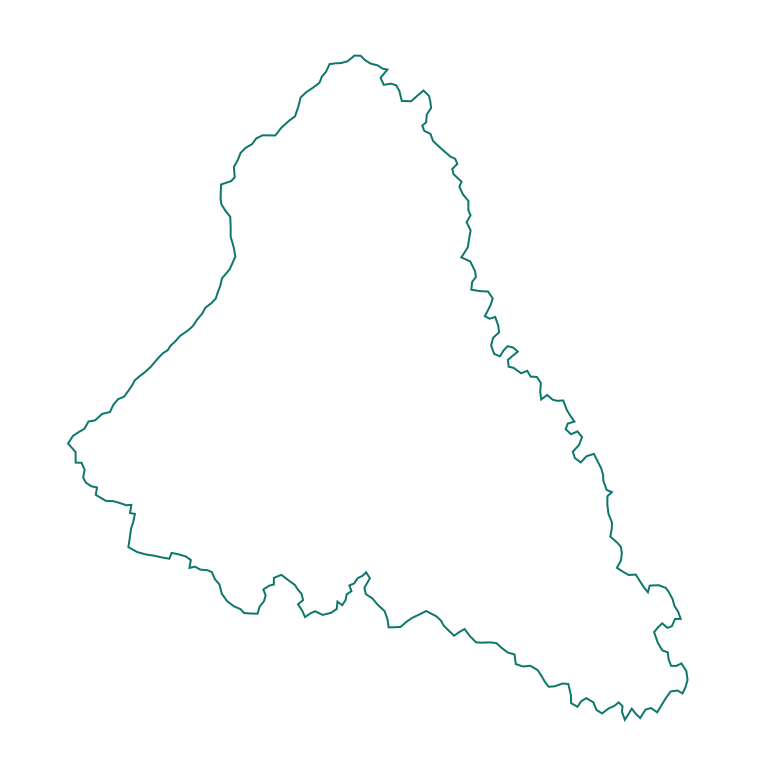 Palestina, São Paulo, Brazil, rotated 182°
{"feature_id": "56859067B15290708695755", "entity_name": "Palestina", "entity_type": "district", "adm_level": 2, "iso_a3": "BRA", "parent_name": "Brazil", "parent_adm1": "São Paulo", "projection": "natural_earth1", "projection_center": [-49.516, -20.338], "detail": "fine", "context": "isolated", "style": "outline", "palette": "teal", "viewbox_px": 768, "rotation_deg": 182, "n_neighbors": 0, "source": "geoboundaries", "source_scale": "gbopen_adm2", "svg_char_len": 4306}
<svg xmlns="http://www.w3.org/2000/svg" viewBox="0 0 768 768"><g transform="rotate(182 384 384)"><path d="M141.6,229.6L145.4,233.6L152.5,239.4L151.3,247.3L151.3,253.5L155.1,262.0L156.6,271.2L156.8,279.6L152.5,283.9L157.8,285.9L161.4,294.9L161.9,300.7L163.9,307.1L167.3,313.3L171.8,321.5L179.2,318.8L184.6,312.5L190.6,316.6L193.0,322.9L187.0,329.8L184.2,337.9L189.0,343.4L195.3,340.3L200.9,345.2L198.9,350.9L192.4,353.1L196.9,359.1L200.4,364.4L204.3,373.8L210.3,373.2L214.9,374.2L220.6,378.7L226.3,374.0L227.6,381.4L227.3,390.6L231.5,396.4L237.7,396.5L241.3,402.2L247.3,399.5L255.1,404.7L260.0,405.6L261.0,412.4L256.1,417.0L251.4,421.0L256.1,424.9L261.8,426.1L265.6,421.8L269.1,415.7L274.9,417.9L278.3,426.2L276.5,434.1L270.8,439.6L271.8,446.1L275.2,454.9L280.7,452.9L285.6,455.3L282.8,461.1L280.1,467.0L278.3,473.3L283.3,480.1L291.0,480.1L300.0,481.3L299.5,489.0L295.9,494.2L296.9,499.9L302.1,509.5L311.1,513.2L305.0,523.6L304.0,531.7L302.8,540.6L307.1,548.6L303.4,555.6L305.8,560.8L306.0,569.8L311.7,576.2L315.6,583.8L313.5,588.8L321.8,596.1L323.3,601.3L318.4,606.5L320.7,611.5L325.4,613.5L331.6,618.4L337.6,623.4L343.5,628.6L346.3,635.6L352.6,638.4L354.8,643.6L351.0,647.0L350.7,654.6L346.6,661.5L347.6,668.1L349.2,673.6L354.8,678.7L360.6,673.4L366.7,667.5L376.1,667.5L378.9,677.5L382.3,683.0L387.5,684.4L394.7,683.0L398.1,689.9L391.6,698.3L396.6,699.2L401.4,702.2L408.7,703.8L414.4,707.1L418.8,711.2L425.0,711.2L431.6,705.3L438.2,703.2L443.5,702.8L449.5,701.8L452.9,694.0L456.8,689.1L459.0,682.8L465.0,677.9L472.0,672.8L477.3,667.5L479.3,658.3L482.3,648.3L487.6,644.2L495.5,636.6L501.3,628.6L514.0,628.3L520.2,625.0L524.3,619.1L531.0,614.8L535.4,609.9L537.8,603.1L541.6,595.7L540.4,585.4L543.9,581.4L553.8,577.7L553.8,563.3L552.7,557.8L548.1,551.0L543.5,545.8L542.7,535.4L542.4,525.9L539.1,515.8L537.0,506.2L542.2,493.3L549.7,483.8L551.0,476.4L553.0,470.9L555.1,463.6L559.1,459.0L565.4,453.8L568.0,448.2L573.0,441.9L576.9,435.4L581.4,431.0L589.5,424.9L594.2,419.2L598.4,415.1L601.4,410.2L606.0,407.1L610.7,401.9L618.0,392.7L624.7,386.3L628.6,383.2L633.3,378.9L635.6,374.0L638.9,368.8L643.3,362.3L649.3,359.5L653.9,353.5L656.9,346.4L664.6,344.3L671.5,337.6L678.0,336.2L681.9,328.7L687.1,325.5L693.0,321.3L697.7,313.5L689.9,305.3L689.4,294.7L683.5,294.7L680.2,287.8L681.4,279.8L678.3,274.9L673.1,271.6L667.2,270.6L668.2,263.2L657.9,257.5L650.6,257.5L643.4,255.7L637.2,253.8L632.3,254.4L633.3,246.1L628.4,245.5L629.7,237.9L631.7,230.7L632.8,220.4L633.8,212.1L625.0,207.5L616.0,205.3L607.7,204.4L599.9,202.9L592.4,201.9L590.4,207.8L583.4,206.6L576.0,204.7L570.9,201.3L572.0,193.4L566.6,194.9L561.1,192.1L554.2,191.8L549.5,190.0L546.1,182.9L541.5,178.0L538.8,168.8L533.1,161.4L526.2,156.6L519.4,153.9L515.8,150.2L509.8,150.0L502.4,150.0L500.5,157.2L496.4,162.7L494.9,168.6L497.4,174.4L491.8,178.4L487.1,179.8L487.3,186.4L479.9,189.7L471.8,183.9L466.2,180.2L462.7,175.3L459.2,171.6L457.3,165.2L462.3,160.9L457.9,154.7L454.8,148.3L449.5,152.2L444.9,154.5L437.2,151.1L428.9,153.5L423.4,157.5L422.9,164.9L418.0,161.5L414.9,166.7L413.9,172.5L409.3,175.9L411.6,181.5L406.9,183.6L403.5,189.1L398.8,191.5L395.3,195.2L391.3,189.4L396.5,179.6L394.8,173.3L388.3,169.5L382.4,163.0L375.5,157.1L372.3,149.0L370.9,141.0L366.0,141.2L359.0,141.8L353.0,147.3L347.9,151.1L339.9,155.3L333.9,158.6L323.3,153.5L318.9,149.6L315.8,144.5L310.9,140.0L305.2,134.9L300.0,138.8L294.9,141.9L289.4,135.1L283.0,129.0L277.3,128.9L268.9,129.5L262.5,128.9L257.9,124.9L251.1,120.0L244.1,118.3L242.5,108.7L235.4,106.5L228.1,107.5L220.6,103.6L216.4,97.7L213.1,92.4L208.9,87.2L203.0,87.8L195.0,90.9L189.3,90.6L187.8,84.8L186.2,78.9L185.9,71.6L179.4,68.2L175.9,73.8L170.9,77.1L163.7,73.2L160.2,65.6L154.6,62.4L148.1,67.6L142.9,70.1L138.3,74.0L134.4,70.3L134.7,64.6L131.6,56.8L128.7,61.7L125.0,68.2L121.0,63.3L116.3,59.1L111.3,67.7L105.9,69.5L99.5,65.4L96.1,71.6L91.5,79.7L86.8,86.7L79.9,87.9L74.9,85.2L72.1,91.6L70.3,98.9L71.8,107.5L77.0,115.1L82.2,112.4L87.3,112.4L90.0,118.9L91.0,125.7L96.6,127.5L101.3,134.9L105.4,145.5L101.6,150.4L97.6,154.5L92.3,150.2L87.9,152.0L84.9,159.4L79.3,159.6L82.1,166.7L85.9,172.2L88.1,179.0L91.7,185.4L95.1,190.0L102.4,192.5L111.4,191.8L113.0,185.1L116.8,189.4L121.5,196.1L125.7,202.3L132.9,201.7L138.8,204.8L144.8,208.4L141.1,215.8L140.4,223.2L141.6,229.6Z" fill="none" stroke="#0f766e" stroke-width="2"/></g></svg>